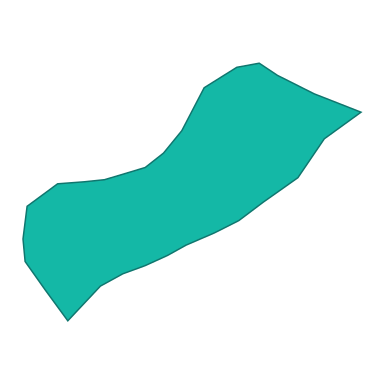 outline of Galata, Nicosia, Cyprus
{"feature_id": "46923920B36410196498995", "entity_name": "Galata", "entity_type": "district", "adm_level": 2, "iso_a3": "CYP", "parent_name": "Cyprus", "parent_adm1": "Nicosia", "projection": "mercator", "projection_center": [32.883, 34.989], "detail": "fine", "context": "isolated", "style": "filled", "palette": "teal", "viewbox_px": 384, "rotation_deg": 0, "n_neighbors": 0, "source": "geoboundaries", "source_scale": "gbopen_adm2", "svg_char_len": 456}
<svg xmlns="http://www.w3.org/2000/svg" viewBox="0 0 384 384"><path d="M361.0,112.2L314.1,93.8L277.5,75.4L259.2,63.2L236.8,67.3L204.2,87.7L181.8,130.7L163.5,153.1L145.2,167.5L104.5,179.7L84.1,181.8L57.6,183.8L27.1,206.3L23.0,239.0L25.1,261.5L45.4,290.2L67.8,320.8L100.4,286.1L122.8,273.8L145.2,265.6L167.6,255.4L185.9,245.2L214.4,232.9L238.8,220.6L263.2,202.2L297.9,177.7L324.3,138.8L361.0,112.2Z" fill="#14b8a6" stroke="#0f766e" stroke-width="1.5"/></svg>